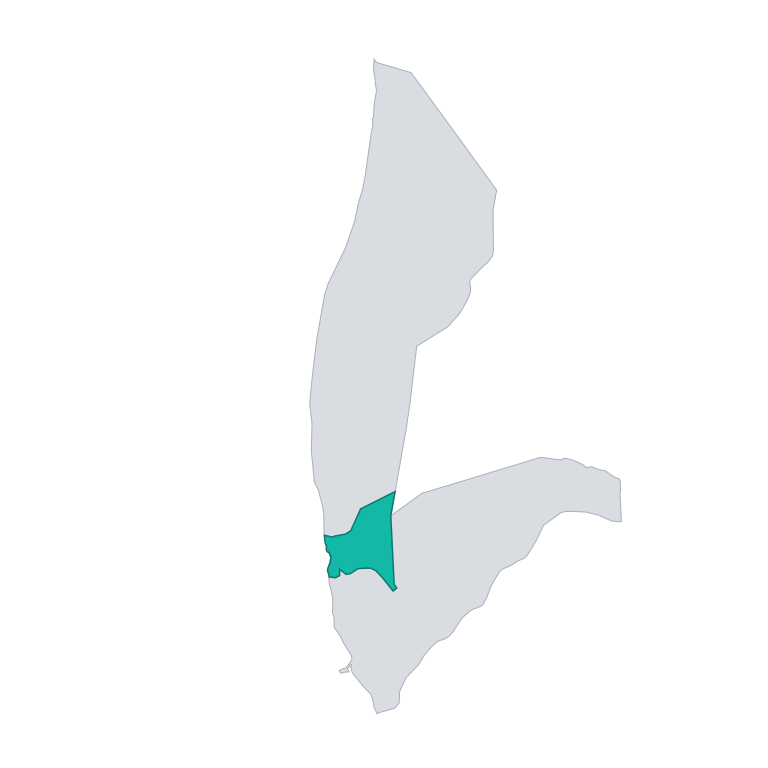 Nugaal on a map of Somalia (orthographic projection), rotated 144°
{"feature_id": "SOM-2413", "entity_name": "Nugaal", "entity_type": "Region", "adm_level": 1, "iso_a3": "SOM", "parent_name": "Somalia", "parent_adm1": "", "projection": "orthographic", "projection_center": [49.001, 8.49], "detail": "fine", "context": "in_parent", "style": "filled", "palette": "teal", "viewbox_px": 768, "rotation_deg": 144, "n_neighbors": 0, "source": "natural_earth", "source_scale": "10m", "svg_char_len": 3413}
<svg xmlns="http://www.w3.org/2000/svg" viewBox="0 0 768 768"><g transform="rotate(144 384 384)"><path d="M201.2,649.4L200.5,647.8L196.8,643.0L189.8,633.9L184.5,627.0L179.1,620.0L179.1,614.4L179.0,597.9L178.9,564.9L178.9,531.8L178.9,498.6L178.9,482.0L178.9,475.2L179.5,474.1L185.7,468.1L193.8,460.2L204.6,445.1L210.5,436.9L215.3,430.0L216.6,427.9L220.9,423.8L228.9,421.4L233.9,421.1L251.1,418.2L253.7,417.0L255.2,415.5L256.6,412.2L260.0,407.6L264.3,404.5L272.6,400.4L280.6,396.9L282.4,396.4L292.1,394.3L294.5,393.6L298.4,392.8L299.9,392.8L313.3,393.8L323.9,394.5L334.7,395.3L335.8,394.8L343.4,386.6L355.6,373.5L363.3,365.1L375.2,352.2L384.4,342.9L394.5,332.5L404.4,323.1L416.2,311.7L423.6,304.5L435.2,293.4L446.2,282.8L455.9,273.4L442.5,273.3L429.5,273.3L416.7,273.2L414.4,272.1L403.6,268.4L390.0,263.6L373.1,257.8L361.0,253.6L348.2,249.2L335.2,244.7L325.1,241.2L312.4,236.8L301.4,233.0L299.9,232.1L293.8,226.4L285.9,218.9L284.4,218.7L280.6,217.1L277.2,213.1L273.7,207.9L270.5,201.5L269.2,197.1L264.8,195.2L262.8,191.8L258.9,186.6L256.2,184.1L255.3,181.9L254.1,177.5L251.9,172.6L249.8,169.6L249.4,168.3L249.5,167.4L253.6,160.9L255.5,158.6L257.6,156.4L259.3,154.2L260.0,152.6L265.0,145.0L269.4,138.3L272.9,133.0L280.3,139.2L287.4,151.6L295.9,161.7L307.6,171.1L312.2,174.2L316.4,175.9L338.0,175.9L353.4,167.6L367.4,161.7L372.1,160.4L380.2,162.2L389.1,162.7L397.1,164.7L401.2,164.2L417.1,157.2L427.2,150.3L434.0,147.4L436.7,147.4L445.9,149.9L457.9,148.9L474.2,142.9L479.4,141.8L483.3,141.7L492.2,144.4L493.6,144.2L498.4,143.7L511.1,140.9L520.9,136.6L539.1,133.4L552.9,125.5L555.3,121.7L559.4,117.0L565.5,115.4L581.0,120.9L583.5,121.3L582.6,124.7L582.1,128.2L579.0,134.2L577.0,140.9L578.5,151.2L579.4,167.8L579.0,170.2L578.0,172.6L577.6,174.5L575.9,175.2L575.2,176.2L576.4,176.7L581.3,174.8L581.1,172.8L581.4,171.8L585.4,174.0L588.3,175.0L589.1,177.0L588.9,178.5L584.4,177.8L582.1,176.7L575.4,178.6L571.2,180.6L570.0,183.9L569.1,196.9L567.6,205.4L567.3,216.6L561.9,224.0L560.1,229.2L552.0,239.7L547.8,248.7L546.4,253.1L539.3,265.3L529.4,274.8L525.9,286.8L522.4,294.3L518.4,301.2L509.7,313.3L505.2,321.8L499.6,336.4L497.9,345.7L482.1,372.6L465.7,394.0L455.5,412.0L437.1,432.8L412.1,459.7L379.3,491.4L370.4,497.9L334.5,517.2L311.3,533.5L299.4,544.5L286.9,554.1L277.1,563.2L247.3,594.1L244.2,596.9L241.3,599.7L237.6,604.9L235.0,606.9L227.9,615.7L223.4,620.3L218.5,624.8L216.4,628.0L214.9,631.6L213.2,633.7L208.8,642.4L204.9,648.2L201.0,652.6L201.2,649.4Z" fill="#d9dde1" stroke="#a8b0b8" stroke-width="1"/><path d="M438.3,290.4L438.7,290.1L440.6,288.2L442.5,286.4L444.5,284.5L446.4,282.7L448.3,280.8L450.2,279.0L452.1,277.1L454.0,275.3L455.9,273.4L458.3,269.8L460.7,266.2L463.0,262.6L465.4,259.0L467.7,255.4L470.1,251.8L472.5,248.2L474.8,244.6L477.2,241.0L479.5,237.4L481.9,233.8L484.2,230.2L486.6,226.6L488.9,223.0L491.3,219.4L493.6,215.8L493.6,211.4L498.3,211.1L499.1,228.1L500.3,237.7L503.0,242.8L507.4,246.0L513.6,249.9L522.6,250.3L526.6,252.3L528.9,260.2L530.9,257.4L532.5,255.1L537.2,255.8L541.7,260.0L541.3,260.6L540.8,261.8L539.7,265.4L538.8,266.9L537.5,268.1L532.5,271.2L529.0,274.8L528.4,275.9L527.9,277.4L527.5,280.2L527.7,280.6L528.3,281.0L528.5,281.9L528.4,282.9L528.2,283.6L527.1,285.2L525.9,286.5L525.5,287.2L525.4,288.9L525.2,289.6L521.2,296.7L515.6,290.4L513.3,290.0L503.5,285.2L497.2,284.8L476.3,296.7L439.6,290.7L439.3,290.6L438.3,290.4Z" fill="#14b8a6" stroke="#0f766e" stroke-width="1.5"/></g></svg>